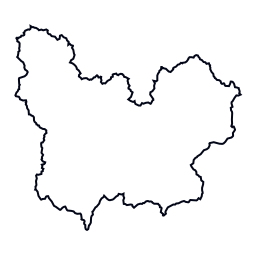 Antabamba, Apurímac, Peru
{"feature_id": "86281439B67377486852449", "entity_name": "Antabamba", "entity_type": "district", "adm_level": 2, "iso_a3": "PER", "parent_name": "Peru", "parent_adm1": "Apurímac", "projection": "albers", "projection_center": [-72.759, -14.434], "detail": "fine", "context": "isolated", "style": "outline", "palette": "ink", "viewbox_px": 256, "rotation_deg": 0, "n_neighbors": 0, "source": "geoboundaries", "source_scale": "gbopen_adm2", "svg_char_len": 5650}
<svg xmlns="http://www.w3.org/2000/svg" viewBox="0 0 256 256"><path d="M34.3,27.7L33.5,27.1L32.3,27.1L30.6,26.1L30.8,27.4L30.4,28.8L29.8,29.4L29.3,29.7L28.2,29.4L25.2,30.7L24.6,31.5L24.6,32.0L23.6,32.9L24.4,34.0L24.2,35.0L23.1,35.6L21.3,35.7L20.7,37.0L19.1,37.4L18.5,38.2L17.0,37.7L16.4,38.2L17.4,40.2L17.3,41.3L19.0,42.3L19.6,43.3L19.5,47.2L19.1,48.1L19.6,50.8L18.3,51.9L18.4,52.9L17.8,56.2L17.2,57.0L21.3,61.1L23.2,62.3L24.6,65.7L24.3,67.4L25.0,69.5L27.2,71.1L27.7,72.1L26.5,74.7L24.6,76.3L19.2,78.1L18.9,79.0L19.2,84.2L19.8,84.8L19.1,86.1L19.2,89.2L18.4,89.4L17.7,91.3L16.5,92.5L15.4,95.3L15.9,96.2L18.9,96.8L19.6,97.8L20.0,99.3L23.0,100.5L26.0,100.3L26.4,101.9L25.7,102.5L26.1,103.7L25.8,104.4L26.8,105.8L27.2,108.3L28.6,110.3L28.9,114.4L30.5,114.6L31.4,115.6L32.7,115.9L33.5,116.7L33.9,117.3L34.0,120.4L34.6,121.8L36.2,123.2L36.4,124.4L37.4,124.7L37.9,125.5L39.0,125.5L39.7,127.3L42.8,128.9L44.7,129.1L46.3,130.4L46.2,132.1L46.5,132.9L44.9,134.2L44.1,135.5L44.5,136.8L44.1,137.4L43.7,138.8L44.3,140.1L42.7,142.5L41.4,142.7L41.1,143.7L41.4,146.8L42.3,148.0L41.5,152.8L43.1,154.9L41.9,157.1L42.1,158.7L41.5,159.3L42.0,160.4L43.2,161.6L45.2,162.3L44.9,163.3L44.1,164.1L41.8,164.7L42.4,165.8L41.9,168.0L43.4,168.8L42.8,170.1L42.8,171.1L41.5,171.6L41.4,174.0L38.3,174.8L36.9,174.5L36.1,175.7L36.8,178.4L36.0,181.1L36.4,184.8L36.2,185.7L35.5,186.5L35.6,188.6L35.2,189.6L36.0,189.7L37.6,191.7L38.5,195.9L40.9,199.5L41.5,199.6L42.5,199.0L45.0,198.8L46.1,196.6L47.0,196.2L48.2,196.2L48.9,198.1L51.8,201.6L54.0,205.8L56.0,206.9L59.9,209.8L60.5,209.8L62.6,207.6L64.3,206.7L65.3,206.6L66.9,209.9L67.6,210.5L71.4,210.9L73.6,211.4L75.1,213.1L77.2,213.8L80.4,213.6L81.1,214.6L81.7,218.5L81.4,219.3L81.9,219.7L83.7,220.0L84.4,220.7L84.6,221.5L84.1,222.8L84.2,223.9L85.3,225.0L85.3,227.5L85.8,229.2L87.0,229.9L88.2,229.1L89.0,225.3L89.6,224.9L90.8,222.7L91.1,217.6L91.6,216.0L92.9,214.6L92.4,211.7L93.1,211.2L95.5,207.3L96.5,206.8L99.2,203.6L100.0,200.9L101.0,199.3L101.6,198.4L103.5,197.1L104.1,195.7L107.2,198.9L108.8,200.0L109.9,200.2L112.6,199.6L113.6,199.0L116.2,196.5L118.0,195.5L118.7,193.9L121.9,194.5L123.5,193.7L123.4,196.1L124.2,197.9L123.3,200.2L123.8,203.9L125.2,204.0L126.9,205.1L130.7,204.5L131.9,204.7L132.4,205.3L132.5,206.3L134.0,207.7L137.7,204.5L140.2,203.7L142.1,203.9L143.1,203.0L144.1,203.1L146.2,201.3L147.9,201.0L149.4,201.6L150.9,201.4L152.1,202.0L152.4,202.6L154.1,203.7L158.1,203.8L158.7,204.7L159.7,205.4L159.9,207.2L160.9,207.3L161.6,208.1L160.8,212.1L163.1,214.0L162.9,215.2L163.1,215.5L163.8,215.5L165.9,213.7L165.4,212.3L165.6,211.3L167.8,207.4L173.3,204.5L175.2,204.5L176.2,203.5L178.5,203.3L181.6,201.7L184.0,201.0L185.8,201.9L188.3,202.3L189.2,201.7L189.7,200.5L190.4,200.0L196.5,200.4L197.2,200.0L198.6,198.2L200.3,199.2L201.7,196.3L202.0,194.0L202.6,193.3L202.6,192.2L202.1,190.3L202.1,187.8L203.1,184.4L203.3,181.9L201.3,180.4L200.7,176.9L199.3,176.6L198.4,175.4L196.5,174.4L196.3,171.8L195.3,170.3L193.5,169.4L191.5,166.6L190.8,165.0L193.3,163.3L193.7,160.0L195.4,157.9L196.9,157.2L197.3,156.4L200.7,154.2L203.9,150.2L206.8,149.2L208.5,147.9L209.7,145.3L209.4,143.5L209.7,143.1L213.7,142.2L219.4,143.7L222.2,143.9L223.5,143.5L225.3,141.8L227.5,138.6L231.5,137.5L232.9,136.2L233.1,135.3L232.9,133.0L234.9,130.1L235.0,129.5L233.8,126.6L232.9,126.5L232.2,127.1L231.3,126.2L232.1,123.8L231.9,119.6L232.2,113.0L231.9,111.5L231.1,110.4L230.8,107.8L232.5,106.8L231.5,103.4L231.6,102.2L232.6,101.2L234.7,97.6L236.4,95.4L238.3,95.6L240.6,94.6L239.2,93.2L239.7,92.0L239.4,90.3L238.8,89.2L238.8,88.2L236.9,87.5L235.0,87.2L234.1,83.9L233.0,82.2L231.9,81.6L230.7,81.6L230.2,83.6L229.0,86.1L225.4,85.9L224.8,85.2L224.2,83.5L223.6,83.3L222.1,83.9L221.2,83.3L220.6,81.2L219.2,80.2L216.9,79.9L215.6,78.4L214.9,78.1L214.5,77.0L213.7,76.4L213.3,73.9L211.5,71.9L210.2,69.1L210.4,67.8L209.8,66.0L210.1,65.3L209.3,64.5L208.9,63.3L206.5,63.8L205.4,62.3L203.6,62.0L201.8,60.0L200.0,59.3L199.5,57.8L198.6,57.0L197.9,55.5L196.2,55.1L194.5,56.0L193.6,57.6L191.5,57.2L189.5,57.2L188.3,58.6L188.3,59.2L186.7,61.4L185.3,62.4L182.7,62.8L182.4,63.3L181.0,62.8L179.4,64.3L177.8,64.7L176.2,66.5L173.5,67.8L173.1,68.4L173.2,69.4L170.6,72.0L168.7,71.5L165.9,68.8L164.0,68.4L163.4,68.0L162.6,68.3L161.9,67.0L161.3,67.0L161.0,69.6L159.4,70.8L159.2,72.1L158.1,73.5L157.3,75.5L157.3,80.4L156.2,81.3L153.6,80.8L154.9,83.2L154.1,85.8L154.4,88.5L152.4,91.2L150.4,92.3L150.2,94.6L153.3,99.1L153.3,100.0L152.6,100.3L150.9,103.6L150.5,103.8L148.3,102.5L145.9,102.8L143.4,103.7L142.0,103.1L140.5,105.5L138.7,105.5L135.5,104.0L134.8,102.4L134.6,101.1L133.3,101.9L132.7,101.8L130.5,100.9L128.3,99.4L131.0,96.9L132.6,92.3L130.8,91.1L130.5,89.8L128.5,88.6L128.5,87.5L129.6,85.8L128.1,83.6L128.1,82.4L127.6,81.1L127.8,79.7L128.7,78.8L125.6,77.1L124.2,76.9L123.5,75.2L122.6,74.7L122.4,74.1L120.8,73.8L119.1,74.4L118.2,75.2L116.8,74.5L116.3,73.6L113.3,74.2L112.7,74.6L112.8,76.7L111.0,77.3L111.0,78.4L110.5,79.3L107.5,80.9L105.3,83.4L103.7,83.2L102.4,83.8L100.9,81.9L101.5,80.3L101.0,78.7L101.2,76.9L100.5,76.7L99.8,77.4L98.5,77.5L97.6,75.7L97.0,75.3L95.6,76.5L95.0,77.3L93.7,77.5L93.2,78.3L91.4,79.7L90.5,79.4L89.5,79.9L87.8,79.1L87.0,78.3L86.0,78.1L83.5,78.4L81.7,79.2L80.8,77.8L78.9,76.5L79.1,74.8L80.6,73.4L78.8,70.5L76.8,68.9L76.6,67.6L75.7,66.1L74.2,64.6L72.4,63.3L70.0,62.5L70.6,61.5L70.9,60.4L73.3,58.8L74.6,54.9L74.0,53.8L73.3,49.9L72.0,47.8L72.9,46.2L72.9,45.7L71.1,45.2L69.7,43.8L68.3,44.8L68.6,41.8L67.1,40.5L66.3,38.3L63.6,37.2L61.7,35.1L60.0,35.7L59.6,38.8L57.4,39.8L55.0,36.7L51.6,36.1L50.2,34.3L49.0,34.2L47.9,33.3L47.4,31.9L47.8,30.5L46.3,29.5L43.2,30.3L41.4,29.6L38.9,30.2L38.0,29.1L36.0,27.9L34.3,27.7Z" fill="none" stroke="#020617" stroke-width="2"/></svg>